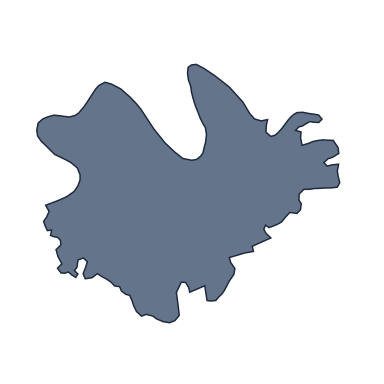 the district of Doutor Maurício Cardoso, Rio Grande do Sul, Brazil, rotated 351°
{"feature_id": "56859067B86093452456643", "entity_name": "Doutor Maurício Cardoso", "entity_type": "district", "adm_level": 2, "iso_a3": "BRA", "parent_name": "Brazil", "parent_adm1": "Rio Grande do Sul", "projection": "natural_earth1", "projection_center": [-54.357, -27.488], "detail": "fine", "context": "isolated", "style": "filled", "palette": "slate", "viewbox_px": 384, "rotation_deg": 351, "n_neighbors": 0, "source": "geoboundaries", "source_scale": "gbopen_adm2", "svg_char_len": 2542}
<svg xmlns="http://www.w3.org/2000/svg" viewBox="0 0 384 384"><g transform="rotate(351 192 192)"><path d="M278.0,132.3L271.5,132.6L265.2,129.6L261.2,123.3L256.3,111.1L245.2,94.1L232.9,80.9L223.0,71.7L216.1,66.6L211.4,66.4L207.7,68.2L206.2,73.9L206.0,80.7L207.3,87.6L207.1,93.1L207.7,99.6L208.8,107.4L210.5,114.6L211.7,120.6L213.6,126.3L215.3,130.7L215.3,137.5L213.1,145.3L211.1,149.7L208.8,155.3L206.1,158.0L201.5,160.6L196.6,160.6L188.3,157.5L181.3,150.0L173.1,139.4L164.1,123.6L154.2,101.7L150.4,95.4L145.6,88.5L137.7,79.0L129.3,72.8L123.2,70.0L116.9,72.1L113.3,74.9L109.8,78.6L103.7,85.5L99.0,90.6L92.5,96.2L88.4,98.2L82.3,98.7L71.8,95.6L67.6,94.5L63.2,95.0L59.6,95.6L55.8,96.6L50.8,99.9L48.3,106.8L48.3,112.5L50.8,117.9L56.2,125.2L62.4,133.5L72.4,140.4L76.9,143.9L82.5,150.2L84.1,157.5L83.3,162.6L80.2,168.2L75.7,173.0L67.6,177.0L59.2,179.3L45.4,182.2L47.8,188.8L44.6,193.8L40.8,197.9L41.8,203.1L43.1,207.5L47.4,207.7L45.5,212.8L48.7,214.6L52.4,215.9L54.5,219.3L54.2,223.8L48.7,227.7L49.5,234.7L52.2,242.5L47.2,246.3L50.0,251.5L53.5,252.3L57.4,251.7L60.4,255.2L63.8,258.2L66.5,255.2L63.6,251.1L66.5,248.5L68.8,241.3L74.3,240.2L77.7,244.4L75.3,249.5L71.7,255.7L73.0,261.0L79.9,261.0L85.8,257.8L88.8,260.7L93.8,264.5L97.8,268.2L100.9,272.7L105.7,274.2L106.8,278.7L110.6,282.7L114.3,284.3L115.6,289.2L116.6,295.2L118.5,301.4L122.7,306.7L127.7,305.7L133.7,308.3L137.2,311.8L143.1,315.5L149.3,317.6L154.9,316.4L160.1,311.9L160.5,302.8L160.9,288.7L167.4,279.3L171.6,280.4L173.8,285.9L174.1,290.6L189.9,286.6L189.9,301.6L193.6,302.6L198.5,302.9L202.3,299.6L205.4,297.6L208.4,294.5L212.2,289.5L214.8,285.9L220.5,279.9L222.4,274.3L219.2,267.7L218.6,262.6L234.1,260.5L243.4,260.3L243.0,255.0L262.7,249.7L258.6,244.4L257.1,240.0L259.5,236.3L262.5,239.2L266.5,238.4L270.9,237.4L275.9,235.6L280.3,231.5L285.4,227.5L292.4,229.6L296.4,226.4L298.1,220.6L296.4,216.9L297.4,210.9L302.9,206.9L308.8,207.7L313.6,207.7L318.6,208.4L323.9,208.8L329.8,209.7L336.2,210.0L339.4,205.9L338.8,199.4L338.8,194.1L341.1,187.5L334.8,187.1L329.4,187.5L326.9,183.6L331.6,180.4L336.3,179.7L343.0,176.9L343.2,170.9L339.5,163.1L334.4,162.1L329.2,161.0L325.0,160.8L319.7,161.0L314.7,162.2L308.0,163.1L307.7,155.5L309.1,149.7L303.9,147.4L307.7,144.4L311.3,144.1L315.1,142.5L319.3,140.9L323.1,142.1L328.1,143.2L331.8,140.4L329.1,135.8L325.5,134.5L320.2,132.9L313.5,130.5L308.0,130.0L304.5,131.4L301.2,133.5L298.1,136.1L294.6,139.5L290.6,143.4L285.8,147.2L282.6,149.0L278.5,149.4L274.4,144.4L275.9,137.6L278.0,132.3Z" fill="#64748b" stroke="#1e293b" stroke-width="1.5"/></g></svg>